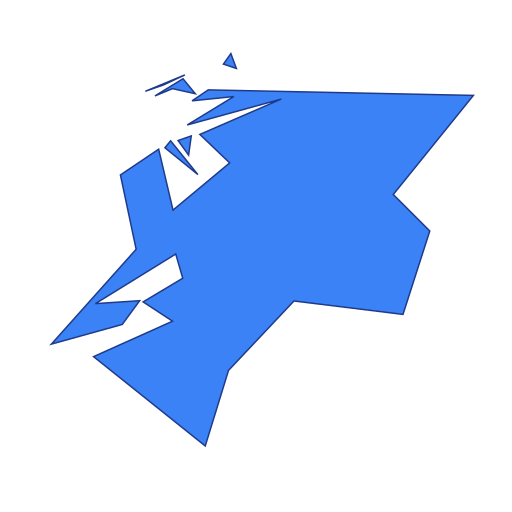 SVG path tracing the border of Nord-Trøndelag, rotated 10°
{"feature_id": "NOR-925", "entity_name": "Nord-Trøndelag", "entity_type": "County", "adm_level": 1, "iso_a3": "NOR", "parent_name": "Norway", "parent_adm1": "", "projection": "mercator", "projection_center": [11.396, 64.165], "detail": "coarse", "context": "isolated", "style": "filled", "palette": "blue", "viewbox_px": 512, "rotation_deg": 10, "n_neighbors": 0, "source": "natural_earth", "source_scale": "10m", "svg_char_len": 753}
<svg xmlns="http://www.w3.org/2000/svg" viewBox="0 0 512 512"><g transform="rotate(10 256 256)"><path d="M442.2,60.1L380.5,171.6L422.8,201.2L410.9,288.0L301.2,293.7L248.8,373.4L239.0,451.9L113.5,383.3L185.1,334.7L152.8,320.8L187.7,290.6L176.6,268.0L106.1,330.8L149.2,320.2L136.2,346.6L69.8,378.3L136.8,270.2L108.4,199.7L141.6,167.7L166.3,225.2L213.9,168.9L179.6,146.0L253.7,97.0L165.5,138.9L206.5,102.8L166.1,114.3L180.1,100.7L442.2,60.1ZM151.9,157.4L184.6,185.9L147.5,165.2L151.9,157.4ZM168.0,106.7L144.7,105.7L128.7,115.9L153.3,94.1L168.0,106.7ZM135.2,103.6L118.4,113.0L154.5,90.0L135.2,103.6ZM196.1,61.0L204.1,74.7L190.6,72.7L196.1,61.0ZM171.4,149.0L172.1,168.3L159.2,155.8L171.4,149.0Z" fill="#3b82f6" stroke="#1e3a8a" stroke-width="1.5"/></g></svg>